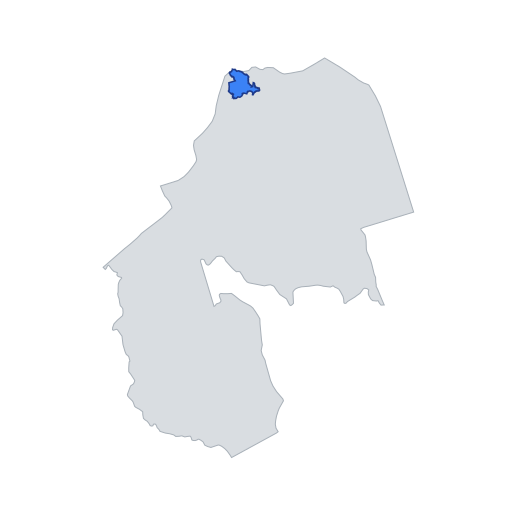 location of Zimba, Southern, Zambia, rotated 163°
{"feature_id": "96606910B98197380388075", "entity_name": "Zimba", "entity_type": "district", "adm_level": 2, "iso_a3": "ZMB", "parent_name": "Zambia", "parent_adm1": "Southern", "projection": "equal_earth", "projection_center": [26.486, -17.666], "detail": "fine", "context": "in_parent", "style": "filled", "palette": "blue", "viewbox_px": 512, "rotation_deg": 163, "n_neighbors": 0, "source": "geoboundaries", "source_scale": "gbopen_adm2", "svg_char_len": 8424}
<svg xmlns="http://www.w3.org/2000/svg" viewBox="0 0 512 512"><g transform="rotate(163 256 256)"><path d="M326.9,350.9L308.4,351.0L301.7,352.9L296.1,355.9L289.5,360.6L285.7,363.8L284.6,365.6L284.1,369.6L284.1,375.7L283.4,380.1L281.4,384.1L271.3,389.0L264.8,393.0L258.4,397.7L253.5,403.8L250.1,411.3L244.6,420.6L233.1,437.1L226.4,440.2L220.8,439.5L214.1,436.1L208.7,435.4L204.8,437.6L201.1,436.9L197.7,433.4L194.9,432.2L192.6,433.1L189.7,432.9L184.4,431.0L179.8,425.1L177.3,422.7L175.4,421.7L169.8,420.8L157.2,419.4L144.0,422.4L132.5,425.3L120.6,412.2L109.2,398.2L106.8,394.6L102.5,390.0L99.4,387.7L98.1,386.5L95.0,374.1L93.2,362.6L92.4,251.9L144.5,251.9L147.8,251.5L148.0,250.3L145.6,244.3L145.7,242.2L146.3,238.2L148.5,230.2L148.7,227.5L147.6,218.7L147.7,213.8L148.3,203.9L147.9,200.6L149.1,196.1L149.5,193.1L150.0,191.9L149.4,188.5L148.3,176.7L147.7,171.7L150.8,172.5L151.8,174.9L152.4,177.6L153.9,177.7L157.6,179.3L158.9,181.5L159.8,186.2L159.2,188.6L158.1,190.6L159.3,192.3L161.7,193.5L163.2,193.1L167.4,189.9L171.2,188.7L173.2,187.9L181.8,185.7L183.6,184.6L184.8,184.6L185.6,185.5L184.8,188.9L184.6,191.8L185.7,197.4L186.5,200.1L188.3,202.0L189.6,203.0L191.0,205.0L194.0,204.6L200.6,207.5L202.6,208.8L205.4,210.1L207.4,210.6L214.2,211.6L221.4,213.2L225.1,213.4L227.8,213.0L229.6,212.1L230.8,211.2L231.3,210.5L234.0,199.8L235.4,199.0L237.2,198.4L238.2,199.4L239.4,206.1L244.5,212.2L246.3,217.3L247.6,221.6L248.7,222.8L250.7,224.3L253.9,224.8L256.7,225.0L270.6,232.4L272.2,233.8L273.9,237.7L274.9,242.2L276.0,245.7L277.8,246.4L279.4,246.7L281.0,249.1L282.2,251.2L286.3,260.0L286.9,263.4L288.9,265.8L291.6,266.7L294.1,266.9L295.6,265.8L299.1,264.0L301.9,262.0L304.0,261.2L305.2,261.7L306.1,263.1L306.7,267.5L308.6,268.9L310.1,268.4L310.7,266.6L310.7,265.8L310.9,220.1L309.6,220.4L308.0,221.7L304.3,221.9L302.8,222.9L302.4,224.3L302.7,226.2L302.7,228.8L302.2,230.0L300.6,230.5L298.2,229.5L294.0,228.2L290.4,227.4L287.9,224.0L284.4,218.8L282.2,216.2L276.8,210.8L275.8,209.7L274.2,207.2L272.8,202.9L271.4,197.9L270.7,194.8L272.0,189.9L275.3,174.1L276.0,169.1L278.7,164.1L278.9,159.6L277.8,153.8L278.1,150.6L278.5,132.4L277.8,126.7L276.0,120.3L272.1,111.4L272.1,109.5L278.2,103.7L280.0,101.5L283.2,96.9L285.3,92.9L286.7,89.6L287.2,85.5L286.2,81.5L288.3,80.7L338.3,70.4L339.0,73.2L340.5,77.7L342.3,81.1L344.4,84.0L346.2,85.7L347.4,86.3L355.1,86.1L357.9,87.9L360.3,90.1L360.9,93.6L362.5,95.8L364.2,97.5L364.9,97.7L366.2,97.3L368.2,97.3L370.1,98.0L371.1,98.8L371.1,101.7L371.7,103.0L374.3,103.5L377.0,103.8L379.5,105.7L382.3,106.1L385.5,106.9L387.0,109.0L390.4,111.2L394.5,113.2L399.1,116.4L399.2,117.4L399.9,119.3L400.7,120.7L400.8,122.7L401.2,124.5L402.3,125.0L403.3,125.1L404.2,123.8L405.4,123.8L406.8,124.7L407.2,126.8L408.3,129.7L410.0,131.7L411.1,133.6L410.7,137.1L409.9,140.2L412.2,143.4L415.2,146.4L416.0,147.7L416.2,152.1L416.6,153.6L418.6,157.3L419.6,159.7L419.5,161.1L414.0,168.4L410.6,169.5L409.2,171.0L408.3,172.5L410.4,179.8L411.5,182.5L410.5,186.0L408.3,191.8L407.3,192.3L407.1,196.7L407.7,198.4L408.8,199.6L409.2,202.6L409.1,210.1L407.6,218.5L410.0,225.9L410.8,226.7L414.2,226.7L414.8,227.4L414.0,229.5L411.6,232.7L407.2,235.2L401.0,238.0L399.7,240.7L398.8,244.5L399.5,246.8L400.3,248.1L400.0,251.5L399.4,255.1L399.6,257.9L399.3,260.3L398.5,261.6L397.3,265.3L396.0,269.1L394.9,270.8L393.3,272.6L390.9,274.1L390.9,274.8L393.7,276.6L394.4,277.8L394.6,278.6L393.4,280.5L394.7,281.6L396.3,282.6L397.7,285.1L399.4,289.8L399.7,290.3L400.2,290.3L401.1,289.8L402.8,287.9L404.1,287.2L405.5,289.9L379.5,301.5L373.4,303.9L364.3,308.0L361.4,309.6L359.0,311.1L334.8,320.1L331.1,321.9L322.5,326.5L322.2,327.3L322.3,329.4L323.0,333.7L324.5,337.7L325.7,340.0L326.5,345.8L326.9,350.9Z" fill="#d9dde1" stroke="#a8b0b8" stroke-width="1"/><path d="M231.7,413.8L231.5,413.7L231.4,413.5L231.2,413.5L231.3,413.3L231.3,413.1L231.2,413.1L230.8,413.2L230.8,413.3L230.6,413.3L230.4,413.0L230.2,413.0L230.1,412.8L229.9,412.9L229.8,412.7L229.5,412.7L229.3,412.7L228.8,412.5L228.4,412.6L228.0,412.9L227.4,413.1L227.1,413.4L226.9,413.5L226.4,413.3L225.6,412.8L225.3,412.7L224.9,412.6L224.4,412.6L224.1,412.7L223.8,412.9L223.6,413.0L222.8,413.2L222.7,413.3L222.4,413.6L222.2,413.8L222.1,414.0L221.9,414.1L221.7,414.2L221.8,414.4L221.6,414.6L221.7,414.8L221.6,415.0L221.6,415.4L220.6,415.5L220.2,415.2L220.0,415.3L219.9,415.3L219.7,415.2L217.4,413.8L217.1,414.2L217.1,414.4L216.7,414.6L216.6,414.8L216.2,415.1L216.1,415.3L216.2,415.6L215.8,415.8L215.7,415.5L215.3,415.4L215.1,415.5L214.8,415.5L214.6,415.7L214.4,415.7L214.3,415.8L214.2,415.8L213.9,415.7L213.6,415.6L213.3,415.3L212.7,415.3L212.4,414.6L212.1,414.3L211.9,414.3L211.8,414.0L211.7,413.9L211.4,413.5L211.4,413.4L211.5,413.4L211.7,412.0L212.2,411.3L211.8,411.0L209.4,413.1L209.2,413.0L209.0,413.3L208.8,413.2L208.6,413.3L208.5,413.1L208.3,413.2L208.2,413.4L208.1,413.6L207.8,413.4L207.5,413.4L207.4,413.5L207.2,413.7L206.7,413.5L206.4,413.3L206.2,413.4L205.8,413.1L205.3,413.1L204.8,413.0L204.6,413.3L204.4,413.3L204.5,413.6L204.4,413.9L204.2,414.0L204.3,414.1L204.2,414.4L204.3,414.5L204.2,414.8L204.0,415.0L203.9,415.2L203.8,415.4L203.8,415.6L204.0,415.8L204.2,415.6L204.3,415.7L204.5,415.6L204.8,415.7L205.0,415.7L205.0,415.8L205.1,416.0L205.3,415.9L205.3,416.2L205.5,416.1L205.9,416.4L206.0,416.6L206.0,416.9L206.3,417.2L206.6,417.5L206.9,417.5L207.0,417.1L207.5,417.3L207.5,417.6L207.1,418.2L207.1,418.5L207.3,418.6L207.2,418.9L207.5,419.0L207.0,421.2L207.1,421.9L207.9,422.6L209.6,419.0L210.8,419.0L210.6,419.2L210.5,419.4L210.8,419.8L210.7,419.9L210.7,420.1L210.8,420.1L210.9,420.5L211.1,420.4L211.0,420.5L211.2,420.8L211.4,420.9L211.3,421.0L211.2,421.0L211.3,421.2L211.4,421.3L211.4,421.5L211.5,421.6L211.6,421.8L211.8,421.9L211.9,422.1L212.0,422.1L212.1,422.3L212.1,422.8L212.3,422.7L212.4,422.8L212.5,422.9L212.6,423.0L212.7,423.4L212.9,423.4L212.9,423.6L212.7,424.2L212.4,424.5L212.4,424.9L212.3,425.0L212.1,425.3L212.0,425.6L212.0,425.8L212.3,426.0L212.1,426.2L211.9,426.4L211.8,426.6L212.0,426.8L211.9,427.2L211.6,427.3L211.6,427.5L211.8,427.8L211.7,428.0L211.5,428.3L211.5,428.5L211.2,428.6L211.0,428.8L210.9,428.8L210.9,429.0L211.1,429.2L211.1,429.3L210.8,429.5L210.6,429.6L210.6,429.8L210.7,430.1L210.8,430.3L211.1,430.4L211.2,430.9L211.6,431.5L211.6,432.1L211.8,432.4L212.1,432.2L212.3,432.1L212.5,432.4L212.5,432.6L212.7,432.8L212.9,432.8L213.0,432.8L213.2,432.5L213.3,432.6L213.5,432.7L213.9,433.0L213.9,433.3L214.1,433.3L214.3,433.6L214.5,434.1L214.7,434.3L214.7,434.6L215.0,435.0L215.0,435.3L215.1,435.5L215.4,435.4L215.5,435.4L215.6,435.7L215.5,435.8L215.8,436.3L216.3,436.4L216.6,436.8L216.9,437.0L217.2,437.0L217.3,437.0L217.5,437.4L217.8,437.4L218.2,438.0L218.7,438.1L218.9,438.3L219.2,438.3L219.6,438.2L220.5,438.3L220.7,438.6L220.7,439.0L220.8,439.3L221.3,439.7L221.5,440.0L221.4,440.5L222.2,440.8L222.5,440.7L222.8,440.7L223.1,441.0L223.7,441.5L224.0,441.6L224.1,441.2L224.4,440.7L224.8,440.5L225.1,439.9L225.5,439.5L226.2,439.4L226.7,439.6L227.0,439.6L227.1,439.3L227.1,439.2L227.7,439.2L227.8,439.1L227.7,438.8L227.7,438.7L227.8,438.4L228.0,438.3L227.7,437.4L227.6,437.5L227.5,437.4L227.5,436.8L227.4,436.5L227.6,436.4L227.5,436.2L227.4,435.9L227.3,435.7L227.1,435.6L227.1,435.4L226.8,435.4L226.7,435.3L226.8,435.2L226.7,435.1L226.8,434.8L226.8,434.7L226.8,434.4L226.7,434.3L226.6,434.2L226.4,434.1L225.8,434.3L225.7,434.3L225.7,434.2L225.4,434.0L225.5,433.9L225.4,433.8L225.4,433.7L225.2,433.5L225.2,433.4L225.1,433.5L225.0,433.4L225.0,433.2L224.9,432.9L225.0,432.7L225.0,432.4L225.1,432.2L225.1,431.8L225.1,431.7L225.2,431.4L225.3,431.4L225.2,431.2L225.2,430.9L225.1,430.6L224.8,430.3L224.7,430.1L224.5,429.8L224.5,429.6L231.3,429.6L232.1,425.9L232.1,425.5L232.6,424.7L232.7,424.4L232.8,423.8L232.9,423.7L233.0,423.4L232.9,423.4L232.9,423.2L233.0,423.0L233.1,422.7L233.3,422.6L233.3,422.4L233.6,422.2L233.6,421.9L234.1,421.8L234.1,421.6L234.1,421.2L233.8,420.9L233.7,420.8L233.7,420.7L233.4,420.3L233.2,419.8L233.1,419.6L233.0,419.4L232.9,419.2L232.7,419.2L232.5,418.8L232.4,418.7L232.4,418.3L232.3,418.2L232.1,418.3L232.1,418.2L231.9,418.1L231.5,418.3L231.5,418.0L231.2,418.2L231.0,417.9L230.9,418.1L230.6,417.8L230.5,417.7L230.6,417.2L230.4,417.1L230.5,417.0L230.7,416.9L230.9,416.7L231.0,416.8L231.1,416.6L231.2,416.4L231.2,416.0L231.5,415.8L231.4,415.7L231.6,415.5L231.5,415.4L231.6,415.2L231.4,415.1L231.4,414.8L231.3,414.7L231.6,414.6L231.8,414.4L231.7,414.4L231.7,414.2L231.7,413.8Z" fill="#3b82f6" stroke="#1e3a8a" stroke-width="1.5"/></g></svg>